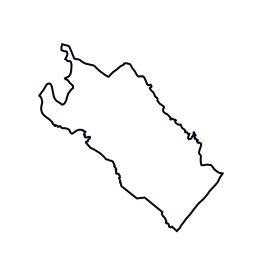 the district of Kaoh Thum, Kândal, Cambodia, rotated 129°
{"feature_id": "14789045B38672734120910", "entity_name": "Kaoh Thum", "entity_type": "district", "adm_level": 2, "iso_a3": "KHM", "parent_name": "Cambodia", "parent_adm1": "Kândal", "projection": "mercator", "projection_center": [105.071, 11.071], "detail": "fine", "context": "isolated", "style": "outline", "palette": "ink", "viewbox_px": 256, "rotation_deg": 129, "n_neighbors": 0, "source": "geoboundaries", "source_scale": "gbopen_adm2", "svg_char_len": 5828}
<svg xmlns="http://www.w3.org/2000/svg" viewBox="0 0 256 256"><g transform="rotate(129 128 128)"><path d="M177.3,25.1L176.4,25.1L174.3,24.9L173.0,24.8L172.0,25.0L170.8,25.3L169.8,25.4L163.7,25.5L162.7,25.7L158.2,25.5L156.2,25.4L154.2,25.4L152.4,25.5L150.2,25.7L148.4,25.7L147.0,25.6L143.5,25.7L141.9,25.6L135.7,24.7L134.1,24.6L130.1,24.5L126.4,24.8L124.8,24.8L122.0,24.6L117.8,24.3L115.8,24.2L113.9,24.2L112.4,24.5L109.6,25.2L108.1,25.5L105.6,25.7L104.3,25.6L103.7,25.9L104.4,26.8L105.1,28.2L105.8,30.7L105.8,34.7L105.3,36.6L105.0,38.0L104.5,40.1L106.7,43.5L109.4,45.9L110.2,46.9L110.6,47.5L109.9,48.7L108.0,50.6L106.9,51.6L104.5,53.2L103.8,53.9L103.4,54.8L103.3,55.6L103.2,56.2L102.8,57.1L102.0,57.6L100.2,58.5L98.8,59.0L97.7,59.4L95.0,60.6L94.3,61.2L94.2,61.8L94.3,62.7L94.6,63.5L95.4,64.0L95.4,64.8L95.0,65.0L94.9,65.9L94.6,66.3L94.3,66.3L93.9,66.0L93.6,66.2L93.6,67.0L94.3,69.3L93.5,69.3L93.1,69.8L93.2,70.6L93.1,71.0L92.7,71.3L92.3,71.4L91.7,71.2L91.3,70.9L90.8,71.4L90.9,72.0L90.7,72.8L90.5,73.1L90.0,73.5L89.8,73.8L90.0,74.1L90.3,74.0L90.7,73.8L91.2,73.3L91.9,73.0L92.8,72.7L94.6,72.7L95.9,72.3L96.6,72.3L97.4,72.7L98.4,73.8L98.2,74.3L98.1,74.7L97.7,75.3L96.4,75.8L95.7,76.0L94.1,76.6L94.7,77.4L94.8,77.8L94.2,79.1L94.2,79.5L94.7,80.1L95.2,80.7L95.2,81.2L94.5,81.5L94.0,81.9L93.8,82.3L93.8,83.7L93.9,85.7L93.9,86.1L93.8,86.5L92.3,88.8L92.4,89.4L93.4,90.6L93.9,91.8L94.0,93.8L93.9,94.4L93.6,95.0L92.9,95.6L92.0,95.5L91.8,95.9L91.9,96.6L92.4,97.3L92.7,98.1L92.8,98.8L93.0,99.5L93.4,99.8L94.3,99.9L94.5,100.1L94.4,100.8L94.0,100.8L93.4,101.3L93.2,101.8L93.1,102.6L92.9,103.4L93.0,103.8L92.8,104.2L92.7,105.2L92.6,106.0L92.7,106.6L93.0,107.4L93.1,108.0L93.2,110.0L93.0,110.7L92.8,111.1L92.2,111.8L90.8,112.8L89.8,112.8L89.2,113.0L89.0,113.3L88.9,114.4L88.9,116.1L88.9,116.9L89.2,117.7L89.1,118.4L89.1,119.0L88.7,120.3L88.5,121.6L88.3,122.2L87.9,122.6L87.4,122.8L86.7,123.5L86.4,124.2L86.4,124.7L86.4,125.6L86.4,126.7L85.5,128.3L84.5,130.3L84.3,131.0L84.3,132.8L84.1,134.0L83.9,134.8L83.5,135.9L83.2,136.2L82.5,136.1L82.0,135.8L81.2,135.7L80.4,136.5L80.2,137.0L80.2,137.4L80.4,137.9L81.7,138.9L81.9,139.5L82.0,140.4L81.7,141.2L81.1,142.1L79.8,144.6L78.8,146.5L78.5,147.4L78.3,148.6L78.4,149.0L78.7,149.2L79.2,149.4L79.5,150.2L79.7,150.8L80.1,151.1L80.5,151.2L80.9,151.6L81.3,152.1L81.5,153.2L80.7,155.8L80.4,156.7L80.0,157.4L79.6,158.6L79.0,161.0L78.9,161.9L78.0,164.2L77.2,166.1L77.3,167.1L78.0,168.5L78.3,169.0L78.4,169.5L79.0,170.4L79.2,170.7L79.5,170.9L79.8,171.2L80.4,171.6L81.1,171.1L81.6,171.2L84.2,172.5L85.8,172.9L87.8,173.2L89.6,173.5L91.5,174.1L93.7,174.7L97.0,175.1L100.2,175.2L100.7,175.9L100.9,176.8L101.0,177.8L101.3,180.9L101.5,184.4L101.5,186.9L101.3,189.5L101.1,191.3L100.9,193.2L101.3,194.6L102.0,196.0L102.7,197.5L104.6,201.3L105.1,203.4L105.4,205.8L105.4,208.0L105.7,209.4L106.6,210.8L107.6,212.6L107.7,213.7L105.9,217.1L104.7,219.1L103.5,221.5L102.3,223.6L101.6,225.4L101.8,226.2L102.2,227.3L103.1,228.9L103.7,230.6L104.4,231.8L104.9,231.3L105.5,231.1L106.7,230.9L107.4,230.3L108.7,229.4L109.1,229.0L109.3,228.5L109.1,228.1L108.9,227.6L108.8,226.8L108.1,225.3L107.3,224.2L107.2,223.7L107.3,223.2L108.2,222.3L108.5,221.8L109.1,221.3L110.3,220.9L111.2,220.6L112.3,220.4L113.1,220.3L114.0,220.1L113.8,218.7L114.0,216.9L113.6,216.4L113.0,215.8L112.5,215.0L112.6,214.1L113.1,213.3L113.7,212.5L114.3,211.8L116.8,209.9L119.8,207.9L122.0,206.8L124.4,206.4L125.7,206.7L127.2,207.4L128.4,208.1L129.2,208.2L129.3,207.8L129.1,206.3L128.9,205.6L128.8,204.6L129.1,203.4L129.4,202.4L129.6,201.2L129.6,200.2L129.8,198.1L129.8,197.3L130.7,196.7L131.7,195.8L133.7,196.3L135.3,196.3L138.9,196.1L140.8,195.4L145.3,193.5L146.8,193.1L148.6,192.8L150.5,193.2L151.2,193.8L151.6,198.2L151.9,200.2L151.8,201.6L151.2,203.6L150.1,205.5L148.8,207.2L146.2,210.3L144.8,212.0L143.6,213.5L142.7,215.2L142.7,216.4L143.0,217.2L143.5,217.7L144.4,218.3L145.3,218.5L146.3,218.5L149.7,217.9L152.4,217.6L154.6,217.6L156.9,217.4L158.7,217.2L158.7,216.6L159.1,214.7L159.7,213.5L161.2,211.6L162.5,210.5L165.6,209.0L168.0,207.4L169.0,206.2L170.2,204.5L170.7,202.9L171.0,200.9L171.1,199.1L170.8,195.5L170.9,193.3L171.2,190.1L171.8,189.7L171.9,189.2L172.2,188.8L172.1,188.4L172.0,187.8L172.1,187.3L172.4,186.7L172.5,186.3L172.2,185.9L171.7,186.3L171.4,186.2L171.1,185.6L170.9,184.0L171.2,183.4L170.9,182.9L170.3,182.7L169.9,182.4L169.4,182.0L169.2,181.5L169.5,181.0L169.6,179.5L169.4,178.8L167.8,176.8L167.3,175.9L166.9,174.9L166.5,173.7L166.5,172.5L166.9,171.6L167.9,169.2L167.9,168.9L167.9,168.4L167.7,168.1L167.3,167.7L163.3,166.6L162.2,166.2L161.1,165.5L159.9,164.7L159.2,163.7L158.1,162.0L158.4,160.5L158.0,159.9L157.8,159.2L157.7,158.7L158.4,158.5L159.4,158.5L160.3,158.4L160.9,157.9L161.1,157.3L160.7,156.7L161.0,156.5L161.6,156.4L162.1,156.1L162.1,155.7L161.9,155.0L161.7,154.5L159.1,152.5L159.0,151.9L159.2,151.5L160.4,151.2L162.0,151.5L162.9,151.4L163.7,150.8L164.2,151.1L164.9,151.8L165.4,151.9L165.8,151.5L166.1,150.6L166.3,149.3L166.4,148.5L167.0,144.7L166.8,143.6L166.4,142.3L166.1,141.2L165.6,137.4L165.4,135.8L165.2,134.0L165.4,129.0L166.0,126.2L166.1,125.3L165.9,124.8L165.6,124.2L165.2,123.6L165.0,123.3L165.0,122.6L164.8,121.7L164.0,120.3L163.8,119.8L163.7,119.1L163.7,118.3L164.4,117.2L165.2,115.2L165.6,114.8L166.2,114.8L166.5,114.5L167.0,111.9L167.3,111.3L168.2,111.3L168.5,110.9L168.5,110.3L169.8,109.5L170.6,108.8L170.8,108.4L170.4,107.7L170.0,107.3L169.6,106.5L170.2,105.1L170.4,104.3L171.4,103.3L172.3,103.6L173.1,102.3L173.6,101.5L173.9,100.8L174.4,100.4L175.1,100.2L175.4,99.9L175.2,99.3L177.3,96.6L177.2,78.6L177.1,76.7L171.6,71.3L171.7,48.4L173.0,48.0L173.6,47.3L174.0,46.5L174.4,45.6L174.6,43.1L175.0,42.2L175.6,40.9L176.6,39.3L177.6,39.1L178.0,38.3L177.4,37.5L177.2,36.9L177.2,35.8L178.2,34.8L178.6,34.3L178.8,33.6L178.6,32.7L178.1,32.1L177.0,31.8L177.3,25.1Z" fill="none" stroke="#020617" stroke-width="2"/></g></svg>